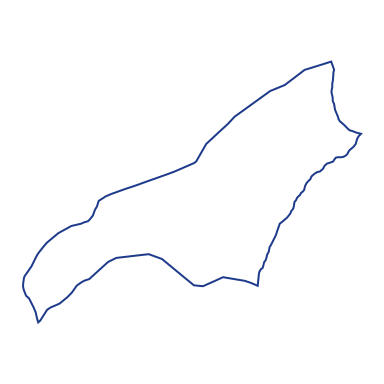 the district of Rosana, São Paulo, Brazil
{"feature_id": "56859067B29082905480685", "entity_name": "Rosana", "entity_type": "district", "adm_level": 2, "iso_a3": "BRA", "parent_name": "Brazil", "parent_adm1": "São Paulo", "projection": "mercator", "projection_center": [-52.819, -22.481], "detail": "fine", "context": "isolated", "style": "outline", "palette": "blue", "viewbox_px": 384, "rotation_deg": 0, "n_neighbors": 0, "source": "geoboundaries", "source_scale": "gbopen_adm2", "svg_char_len": 2028}
<svg xmlns="http://www.w3.org/2000/svg" viewBox="0 0 384 384"><path d="M361.0,133.8L355.7,132.4L352.3,131.0L349.6,130.3L346.8,127.7L344.2,125.0L339.9,121.3L338.6,119.2L337.8,116.3L336.5,113.3L335.0,109.6L334.1,104.1L332.8,101.0L332.6,97.1L331.5,92.5L331.6,90.3L332.2,87.7L332.3,83.4L332.8,81.0L333.3,75.5L333.4,72.7L334.1,69.7L331.2,61.6L304.6,69.9L284.8,85.0L270.2,91.0L234.6,116.7L227.8,124.0L226.0,125.7L220.9,130.3L208.0,142.3L206.3,143.8L196.3,161.3L194.2,163.0L174.4,171.6L168.8,173.7L166.3,174.6L142.3,183.1L139.4,184.2L133.1,186.4L128.2,188.0L126.3,188.6L111.5,193.9L105.7,196.4L98.7,200.9L96.9,206.6L95.0,209.7L93.9,212.7L92.9,215.5L89.9,219.3L88.0,221.2L83.7,222.5L81.1,223.7L71.3,226.0L63.5,230.3L61.1,231.6L58.4,233.1L47.2,242.4L44.8,245.1L42.5,247.9L39.4,251.8L37.6,254.3L36.1,257.0L31.4,266.5L24.6,276.2L23.9,278.2L23.2,283.4L23.0,286.6L23.9,290.2L26.1,295.8L29.0,298.3L33.6,307.4L35.7,312.4L37.0,318.3L38.2,322.4L40.3,320.5L47.1,309.8L50.9,307.3L54.8,305.7L59.5,303.6L67.1,297.4L71.6,292.9L76.8,285.6L81.1,282.5L84.3,280.7L89.2,279.1L108.0,262.0L116.3,257.9L146.6,254.4L148.8,254.2L162.0,259.0L183.9,277.1L193.9,285.3L196.7,285.6L203.0,286.2L213.8,281.4L223.0,277.2L245.1,280.9L247.0,281.6L250.4,282.7L257.7,285.8L258.9,274.0L259.4,271.8L260.8,269.3L262.6,268.0L263.4,265.3L264.1,262.3L265.7,260.1L266.5,257.5L267.2,254.6L268.7,251.8L269.7,246.8L270.9,245.1L272.1,242.7L273.1,240.7L274.5,237.9L276.0,234.9L277.0,231.6L278.2,228.2L279.8,223.6L282.1,221.9L285.0,219.4L287.0,217.7L290.3,213.6L291.1,211.4L293.3,208.5L294.0,205.4L294.5,202.0L296.0,200.2L297.0,198.0L298.4,196.3L300.0,195.0L301.0,192.9L302.8,191.6L304.1,190.0L305.1,186.0L306.5,183.2L308.1,181.3L310.3,179.3L311.4,176.5L314.4,173.8L317.1,172.1L319.9,171.5L322.9,168.9L324.6,165.8L327.0,163.6L329.9,162.7L333.0,161.6L334.4,159.5L335.9,157.6L338.2,157.2L340.5,157.3L343.3,156.9L345.6,155.7L347.3,154.1L348.2,152.3L349.3,150.4L353.6,146.7L355.7,144.0L356.7,140.4L357.4,138.2L358.8,136.0L361.0,133.8Z" fill="none" stroke="#1e3a8a" stroke-width="2"/></svg>